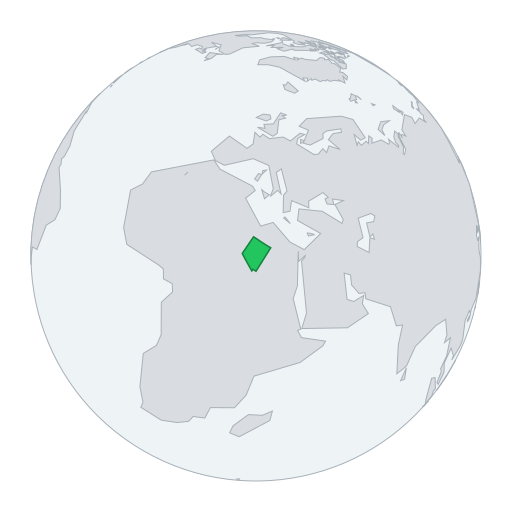 globe centered on Al Kufrah, rotated 33°
{"feature_id": "LBY-2965", "entity_name": "Al Kufrah", "entity_type": "Municipality", "adm_level": 1, "iso_a3": "LBY", "parent_name": "Libya", "parent_adm1": "", "projection": "orthographic", "projection_center": [22.731, 23.273], "detail": "fine", "context": "on_globe", "style": "filled", "palette": "green", "viewbox_px": 512, "rotation_deg": 33, "n_neighbors": 0, "source": "natural_earth", "source_scale": "10m", "svg_char_len": 10634}
<svg xmlns="http://www.w3.org/2000/svg" viewBox="0 0 512 512"><g transform="rotate(33 256 256)"><circle cx="256" cy="256" r="225" fill="#eef3f6" stroke="#a8b0b8"/><path d="M264.5,30.9L269.7,31.3L255.1,31.5L227.2,33.0L219.4,35.0L191.2,42.2L194.0,42.0L185.1,45.6L185.0,46.9L179.8,48.5L184.3,48.3L189.0,46.6L192.6,46.1L193.0,47.0L186.4,48.9L185.2,48.8L183.5,49.8L180.1,50.6L182.0,50.7L174.0,53.4L182.4,52.1L176.5,55.4L171.0,56.9L171.0,54.9L158.4,55.5L152.8,57.6L145.1,61.8L131.7,73.0L125.8,76.5L118.3,82.5L121.7,81.0L128.8,76.0L133.4,75.5L141.6,70.0L144.6,69.2L153.2,65.0L152.5,67.8L147.1,73.1L139.9,77.1L137.3,79.8L144.6,78.2L131.7,88.5L124.0,100.8L120.6,103.6L113.1,104.1L111.9,97.8L102.2,101.0L109.0,101.5L100.4,109.5L99.2,112.2L100.0,113.6L103.4,111.8L100.6,115.4L92.8,115.6L95.3,112.3L97.7,112.0L97.1,109.5L91.8,110.8L87.8,115.4L84.0,114.5L81.1,118.0L78.6,120.1L83.5,114.4L74.7,125.0L69.6,129.6L64.0,138.1L72.8,124.9L82.5,112.3L93.1,100.4L104.4,89.3L116.6,79.1L129.4,69.7L142.8,61.2L156.8,53.7L171.3,47.2L186.2,41.8L201.5,37.4L217.0,34.1L232.8,31.9L248.6,30.8L264.5,30.9ZM36.7,204.6L35.0,212.5L36.7,204.6ZM34.4,215.3L36.0,208.3L34.6,216.7L35.6,225.7L34.9,227.7L35.4,250.0L40.0,265.2L41.0,276.2L40.1,280.6L42.5,285.3L42.6,289.0L56.0,307.1L65.9,322.7L67.6,335.1L63.3,344.3L68.7,369.9L63.5,370.2L68.4,379.9L72.0,386.0L63.1,372.4L55.2,358.1L48.3,343.3L42.5,328.0L37.9,312.4L34.4,296.4L32.0,280.3L30.9,264.0L30.9,247.7L32.1,231.4L34.4,215.3ZM49.6,165.7L46.2,174.2L47.0,172.0L49.6,165.7ZM57.9,148.8L59.1,146.6L58.4,148.0L57.9,148.8ZM153.0,63.8L153.1,64.4L151.5,64.8L153.0,63.8ZM156.7,61.5L154.8,61.7L156.2,60.7L157.4,60.6L156.7,61.5ZM158.8,61.7L159.0,58.9L161.7,57.2L168.3,55.7L158.8,61.7ZM286.5,32.8L289.3,33.2L292.7,33.7L292.8,33.7L287.2,33.4L282.5,32.3L278.0,31.8L286.5,32.8ZM190.4,45.8L185.3,47.6L189.2,45.4L190.4,45.8ZM192.0,44.6L198.8,40.0L206.5,38.2L202.6,39.9L212.3,37.4L212.7,38.8L207.4,40.5L202.4,41.2L206.4,41.3L192.0,44.6ZM282.9,33.3L283.4,33.7L281.1,33.2L282.9,33.3ZM194.3,45.8L195.0,44.8L201.7,43.1L201.5,44.8L199.4,44.8L194.3,45.8ZM214.6,36.3L219.5,35.7L221.2,36.5L223.4,36.4L213.3,38.7L214.6,36.3ZM198.1,45.6L201.2,45.8L198.4,47.4L194.1,46.7L198.1,45.6ZM203.5,42.1L206.6,41.4L204.8,42.3L203.5,42.1ZM190.3,54.2L191.0,52.6L194.5,51.5L190.3,54.2ZM202.6,45.8L203.6,45.2L205.0,44.8L206.5,45.3L202.6,45.8ZM215.2,39.3L214.9,40.0L219.4,38.4L220.8,39.3L213.9,40.8L217.5,40.5L217.9,40.8L211.8,41.8L215.2,39.3ZM212.4,44.5L204.1,47.3L202.0,50.2L198.8,51.1L202.7,46.4L212.4,44.5ZM212.6,42.8L211.8,44.0L208.2,44.3L206.5,43.7L212.6,42.8ZM224.3,39.5L223.9,37.7L225.4,37.5L224.3,39.5ZM212.5,45.2L214.5,44.6L212.8,45.4L212.5,45.2ZM221.5,41.0L221.1,40.4L222.9,40.1L221.5,41.0ZM218.9,44.0L216.2,44.8L215.0,44.3L218.9,44.0ZM220.6,42.6L223.1,42.4L216.2,43.7L220.2,42.3L220.6,42.6ZM223.2,40.9L224.1,40.6L223.1,41.3L223.2,40.9ZM225.0,45.7L216.5,47.4L213.8,46.2L222.5,44.6L225.0,45.7ZM294.0,34.0L297.3,34.5L316.4,39.0L334.9,45.0L320.3,40.1L331.0,43.6L329.2,43.1L333.5,44.7L341.0,47.5L341.4,47.6L356.9,56.0L376.3,67.5L373.3,64.4L377.1,66.3L396.5,79.9L423.4,106.2L428.8,111.6L432.9,116.5L436.6,121.6L430.7,114.4L429.4,113.7L425.5,109.3L429.5,116.0L424.1,110.0L429.8,118.8L433.8,122.6L432.3,118.3L439.6,129.4L445.2,135.2L452.1,145.9L463.4,171.3L465.6,183.3L467.1,187.4L464.7,185.5L466.5,196.1L474.7,213.1L476.2,219.5L476.8,236.7L475.9,232.0L469.8,227.0L472.2,243.3L477.0,251.1L478.7,264.5L476.6,263.5L474.4,252.1L472.2,249.9L470.3,236.0L463.6,218.6L461.3,226.0L459.0,218.0L449.5,205.8L444.8,216.2L438.9,245.2L442.1,266.3L438.3,278.1L423.8,253.1L416.5,234.0L411.8,238.2L396.4,225.3L371.4,232.1L367.4,227.4L362.8,231.3L351.9,228.2L345.6,220.4L339.2,222.3L356.0,242.8L362.7,240.9L367.8,230.4L371.2,238.2L381.6,243.1L371.8,266.4L333.9,291.9L329.5,276.4L297.0,235.5L297.6,230.4L297.4,229.8L297.0,228.8L294.7,237.3L288.9,229.1L307.0,258.5L310.4,271.5L333.4,293.0L331.4,295.8L338.6,299.7L360.7,289.5L361.0,294.8L351.0,321.2L319.7,357.9L323.5,377.9L320.6,395.0L300.3,408.0L301.3,419.8L290.7,424.8L289.5,431.4L280.6,438.6L265.9,445.3L241.8,445.6L240.9,440.2L229.8,428.8L214.5,399.1L221.2,385.1L219.3,373.6L201.8,346.4L205.6,331.5L200.8,324.8L190.9,325.6L185.3,317.3L179.3,316.6L141.3,316.6L129.5,304.2L114.9,269.0L121.6,257.5L122.5,242.4L168.3,198.4L178.5,202.8L215.0,199.3L219.7,201.5L215.8,213.2L243.6,228.4L252.1,218.5L276.8,225.8L293.0,224.4L298.0,201.9L271.5,203.6L266.4,193.1L287.3,182.4L310.4,181.8L309.2,177.8L294.2,169.9L299.1,161.9L289.0,166.6L293.4,170.4L287.2,173.7L282.8,170.5L284.7,167.6L277.6,166.3L270.3,181.3L274.0,186.8L255.7,190.2L260.1,200.0L255.2,204.8L246.0,190.1L246.6,184.6L229.8,169.1L227.5,174.9L243.2,190.3L238.5,189.1L235.5,198.3L234.0,190.4L217.5,173.1L200.7,175.9L180.0,197.2L170.1,198.1L161.5,192.5L168.4,169.9L189.8,170.6L192.6,163.6L187.7,152.8L194.6,154.2L195.3,150.2L203.3,150.3L214.1,141.4L222.2,140.8L226.0,129.1L230.7,127.5L227.1,134.7L228.9,139.8L249.0,139.4L252.7,136.9L253.6,129.6L259.0,130.8L257.2,123.9L268.5,120.9L253.3,119.0L253.9,111.4L260.4,105.7L257.9,103.1L247.2,112.6L245.4,116.9L248.3,120.9L241.0,133.5L234.2,135.6L231.5,121.9L221.5,123.7L223.7,113.2L251.2,92.4L262.9,88.7L283.2,97.3L280.7,101.8L272.2,100.7L280.5,108.2L279.6,104.5L284.1,105.8L285.8,99.8L289.1,100.5L285.1,93.8L289.3,94.0L291.7,98.3L297.8,90.5L306.4,90.0L306.2,88.0L303.6,85.9L316.2,87.2L315.5,85.7L311.1,84.6L306.8,81.1L304.2,75.7L308.7,76.4L310.3,78.4L320.4,84.2L323.8,90.1L325.4,90.0L323.5,85.0L311.2,77.9L308.3,74.5L314.6,77.2L312.1,75.9L312.1,74.5L316.3,73.9L309.7,70.8L303.5,56.6L311.1,54.8L317.3,58.3L317.8,51.3L326.3,51.3L322.2,50.1L319.7,46.9L317.0,46.8L314.8,46.0L307.0,39.4L308.7,38.9L300.8,36.1L298.7,35.7L297.0,35.8L287.2,33.4L292.8,33.7L294.0,34.0ZM153.2,222.7L152.1,227.2L153.2,222.7ZM335.6,192.9L348.9,191.5L341.6,178.7L346.2,177.4L342.0,173.8L341.1,177.9L330.7,168.0L336.0,163.1L333.8,157.6L329.2,157.8L321.1,168.6L335.8,182.4L333.3,188.5L335.6,192.9ZM35.7,225.9L35.6,229.3L35.2,227.9L35.7,225.9ZM42.4,190.5L42.1,193.7L41.7,192.4L42.4,190.5ZM45.3,176.9L42.5,188.4L41.8,187.3L43.8,180.3L43.4,182.3L45.3,176.9ZM55.0,154.3L54.0,156.2L53.2,157.9L55.0,154.3ZM57.4,149.9L57.5,149.6L58.7,147.4L57.4,149.9ZM100.9,109.5L101.4,109.6L101.4,111.6L99.9,112.0L100.9,109.5ZM110.9,114.7L106.1,120.5L108.4,116.3L105.3,117.4L106.4,110.6L118.9,104.7L113.1,108.3L110.9,114.7ZM111.3,100.7L109.2,105.1L111.0,100.5L111.3,100.7ZM191.0,130.1L193.9,132.8L191.0,137.2L180.8,139.6L184.8,133.1L191.0,130.1ZM198.6,135.8L198.7,122.5L205.1,121.0L201.5,124.0L205.7,124.3L201.0,129.3L207.0,141.6L204.9,146.4L187.1,147.2L194.1,144.0L190.9,141.3L198.6,135.8ZM187.8,96.8L187.9,92.6L201.5,94.6L199.8,98.4L189.5,100.6L185.5,97.4L187.8,96.8ZM170.4,60.2L169.6,59.5L171.4,58.8L173.6,58.8L170.4,60.2ZM190.3,53.5L176.0,62.7L174.3,62.3L167.9,69.0L161.0,70.6L165.3,66.1L155.2,72.8L156.4,69.4L150.0,74.2L160.5,63.9L161.1,61.6L163.1,63.4L169.4,61.9L172.3,60.5L181.2,55.2L185.7,50.1L192.7,48.3L196.5,48.4L196.4,49.4L191.9,50.1L195.1,50.9L188.5,52.7L190.3,53.5ZM236.3,58.9L231.1,58.0L236.5,62.5L229.9,63.2L230.9,63.7L226.3,65.8L222.6,69.4L219.5,69.4L219.4,70.9L216.3,72.5L215.1,74.7L209.2,75.4L207.2,78.2L205.6,77.1L203.7,81.8L202.5,78.7L198.4,81.0L201.8,82.7L173.0,84.8L161.9,89.0L153.3,94.6L152.3,89.4L159.6,81.2L171.0,73.2L181.8,70.2L179.4,68.8L183.9,67.1L183.9,68.9L186.5,65.1L190.2,64.3L200.3,59.0L201.7,54.7L205.5,52.9L206.8,54.2L209.6,51.6L214.6,53.0L217.3,51.9L225.0,52.5L225.9,56.2L228.9,54.8L234.9,55.6L236.3,58.9ZM227.1,45.9L229.6,49.5L227.2,51.8L214.9,49.9L211.6,50.7L203.6,50.2L207.2,46.9L209.2,47.3L211.9,47.0L209.7,48.1L213.5,47.0L216.3,47.6L220.1,47.0L219.9,48.2L227.1,45.9ZM224.7,197.2L228.3,197.7L233.8,197.3L232.0,203.4L224.7,197.2ZM213.2,185.4L216.4,184.8L216.5,192.5L212.9,192.1L213.2,185.4ZM218.0,178.2L216.5,184.1L215.1,180.7L218.0,178.2ZM230.0,133.9L233.4,133.0L233.8,134.7L232.0,137.3L230.0,133.9ZM251.0,74.7L248.3,73.3L249.3,72.5L247.4,68.0L252.1,67.5L255.1,69.9L251.0,74.7ZM293.6,206.1L289.0,210.7L286.5,208.8L288.6,207.6L293.6,206.1ZM259.1,207.5L267.1,210.1L258.5,209.1L259.1,207.5ZM255.8,73.3L254.5,71.5L257.6,72.4L255.8,73.3ZM255.5,66.9L259.2,67.5L252.5,66.9L255.5,66.9ZM363.5,452.0L363.5,452.7L360.7,453.9L363.5,452.0ZM357.2,386.4L340.3,416.8L330.2,418.6L329.2,411.0L336.0,393.2L348.0,386.2L354.2,377.1L357.2,386.4ZM478.8,289.5L478.5,290.8L477.8,292.0L478.6,287.6L479.6,283.2L478.8,289.5ZM478.5,287.8L476.6,283.6L469.9,262.8L472.4,260.4L478.6,269.4L478.3,272.9L479.5,277.3L478.5,287.8ZM480.8,269.9L480.8,270.5L480.8,260.4L480.8,253.5L481.1,251.7L480.2,234.4L481.2,252.2L480.8,269.9ZM443.0,267.9L447.7,278.3L445.2,281.9L443.0,267.9ZM469.2,193.2L469.1,196.3L468.0,193.4L467.5,187.8L469.2,193.2ZM457.3,155.3L461.4,163.8L462.9,167.1L460.8,162.8L457.3,155.3ZM294.2,69.9L291.6,76.3L292.8,81.5L298.5,84.8L289.4,83.3L287.5,75.3L294.2,69.9ZM301.9,57.9L296.9,55.7L299.7,55.3L301.3,55.7L301.9,57.9ZM298.4,57.5L291.2,57.5L288.8,55.4L295.0,55.8L298.4,57.5ZM273.5,64.4L272.4,66.2L269.9,65.3L273.5,64.4ZM468.3,180.7L467.6,178.6L467.4,178.2L468.3,180.7ZM386.3,72.2L373.8,64.3L369.8,61.9L378.4,66.8L386.3,72.2ZM285.7,33.9L283.6,33.7L284.6,33.6L285.7,33.9ZM313.4,46.1L310.6,45.1L311.8,44.7L313.4,46.1ZM303.6,42.3L304.1,43.4L301.7,41.9L303.6,42.3ZM305.7,46.2L303.4,43.7L308.3,46.6L305.7,46.2Z" fill="#d9dde1" stroke="#a8b0b8" stroke-width="1"/><path d="M260.6,270.8L260.2,270.6L259.7,270.3L259.3,270.1L258.8,269.9L258.3,269.6L257.9,269.4L257.4,269.2L257.0,268.9L256.5,268.7L256.1,268.4L255.6,268.2L255.1,268.0L254.7,267.7L254.2,267.5L253.8,267.2L253.3,267.0L252.9,266.8L252.4,266.5L252.0,266.3L251.5,266.0L251.1,265.8L250.6,265.5L250.2,265.3L249.7,265.1L249.3,264.8L248.8,264.6L248.4,264.3L247.9,264.1L247.5,263.8L247.0,263.6L246.6,263.3L246.1,263.1L245.7,262.8L245.2,262.6L244.8,262.3L244.3,262.1L243.9,261.8L243.4,261.6L243.1,261.4L243.1,261.1L243.1,260.9L243.1,260.7L243.1,258.8L243.2,256.8L243.2,254.9L243.2,252.9L243.3,251.0L243.3,249.0L243.4,247.1L243.4,245.1L243.5,243.1L243.5,241.2L244.7,241.2L245.9,241.2L247.4,241.2L249.0,241.2L251.1,241.3L253.2,241.3L255.2,241.3L257.3,241.3L259.3,241.3L261.4,241.2L262.7,241.1L263.9,241.1L263.9,241.8L263.9,242.6L263.9,243.8L263.9,244.9L264.0,246.0L264.0,247.2L264.0,248.3L264.0,249.5L264.0,250.6L264.1,251.8L264.1,252.9L264.1,254.1L264.1,255.2L264.1,256.4L264.2,257.5L264.2,258.7L264.2,259.8L264.2,261.0L264.2,261.4L264.2,261.9L264.2,262.4L264.2,262.9L264.2,263.4L264.2,263.9L264.3,264.4L264.3,264.9L264.3,265.4L264.3,265.9L264.3,266.3L264.3,266.8L264.3,267.2L264.3,267.6L264.3,268.0L264.3,268.3L264.3,268.8L263.9,268.8L263.4,268.8L262.9,268.8L262.4,268.8L261.9,268.8L261.5,268.9L261.2,268.9L260.6,268.9L260.6,269.3L260.6,269.8L260.6,270.3L260.6,270.8Z" fill="#22c55e" stroke="#15803d" stroke-width="1.5"/></g></svg>